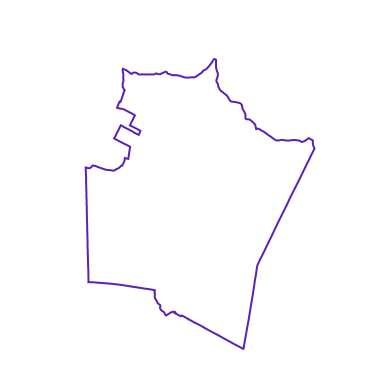 the district of Khlong Sam Wa, Bangkok Metropolis, Thailand, rotated 118°
{"feature_id": "78962969B63741991281097", "entity_name": "Khlong Sam Wa", "entity_type": "district", "adm_level": 2, "iso_a3": "THA", "parent_name": "Thailand", "parent_adm1": "Bangkok Metropolis", "projection": "mercator", "projection_center": [100.726, 13.873], "detail": "fine", "context": "isolated", "style": "outline", "palette": "violet", "viewbox_px": 384, "rotation_deg": 118, "n_neighbors": 0, "source": "geoboundaries", "source_scale": "gbopen_adm2", "svg_char_len": 5949}
<svg xmlns="http://www.w3.org/2000/svg" viewBox="0 0 384 384"><g transform="rotate(118 192 192)"><path d="M73.8,226.5L72.9,227.3L71.7,228.5L70.4,229.4L69.9,229.7L66.0,231.8L64.0,232.9L63.9,233.1L64.0,234.5L64.3,234.9L64.8,235.0L66.9,235.3L69.0,235.3L71.3,235.8L71.9,235.9L74.9,236.5L76.0,236.8L76.9,237.2L77.6,237.6L79.3,238.9L79.8,239.1L82.0,239.4L82.8,239.7L83.6,240.2L83.9,240.5L84.9,240.9L85.5,241.2L87.1,242.0L88.5,242.9L89.9,244.0L90.0,244.3L90.5,245.5L90.8,246.0L91.4,247.0L92.1,248.0L93.3,249.9L94.0,251.5L94.1,252.1L94.4,253.1L94.8,254.6L95.0,257.1L95.6,258.7L95.8,259.4L95.8,259.8L96.6,261.5L97.8,263.4L98.2,264.9L98.4,266.7L98.9,269.0L98.8,269.5L98.4,270.0L97.9,270.9L97.9,271.2L98.1,271.6L98.2,271.9L99.8,273.0L100.0,273.2L101.3,274.2L102.4,275.1L102.7,275.2L102.9,275.7L103.4,276.3L103.7,276.9L103.9,277.7L103.9,278.4L104.0,279.1L104.3,279.5L105.4,280.1L106.0,280.7L106.5,281.7L107.5,283.6L109.8,287.7L111.1,290.4L111.8,291.9L112.4,292.5L112.7,293.1L113.1,294.2L113.1,294.9L112.9,296.7L112.9,297.2L113.2,298.2L113.6,298.9L114.0,299.5L114.6,300.1L116.0,300.7L116.2,301.2L115.9,302.7L115.9,303.2L115.8,303.9L115.6,305.3L115.5,306.0L115.3,307.4L115.6,310.2L115.7,310.9L116.5,310.6L117.4,310.2L120.4,307.8L121.8,307.1L123.2,306.5L124.4,305.8L125.2,305.1L125.7,304.9L126.3,304.6L128.7,304.1L129.3,303.9L130.4,303.3L130.8,303.0L131.2,302.9L131.7,302.5L131.9,302.1L132.1,301.7L132.4,301.1L132.7,300.9L133.2,300.7L133.5,300.3L133.6,300.1L133.5,299.7L133.6,299.3L134.4,299.1L135.8,299.0L137.7,298.7L144.2,297.6L145.9,297.4L146.1,297.5L146.1,298.4L146.3,298.5L146.9,298.3L148.5,298.2L151.2,297.9L152.8,297.8L152.9,297.6L152.8,297.3L152.6,296.1L152.3,295.3L152.2,295.0L151.7,293.6L151.3,292.1L151.1,291.5L151.0,289.4L151.0,283.4L150.9,282.6L151.1,278.4L162.3,278.1L162.2,273.7L162.1,269.5L162.1,268.2L162.3,266.2L166.5,265.8L166.5,266.2L166.6,266.7L166.7,268.2L166.7,270.7L166.5,273.1L166.6,274.1L166.6,274.6L166.6,274.8L166.5,276.8L166.6,279.6L166.6,281.8L166.6,283.5L166.5,284.7L166.5,285.9L166.5,286.2L167.0,286.2L177.6,285.9L180.4,285.9L181.3,285.9L181.3,278.4L181.2,273.6L181.1,267.9L192.7,263.8L193.5,267.2L195.8,266.4L196.0,266.3L196.2,266.2L196.6,266.3L197.2,266.2L198.6,266.1L200.9,266.1L201.6,266.0L201.9,266.7L202.4,267.0L204.0,267.4L205.0,267.8L205.7,268.2L207.1,269.3L208.1,270.0L208.5,270.1L209.4,270.5L209.7,270.8L210.0,271.4L210.5,272.8L211.4,275.1L212.0,276.6L212.6,277.9L212.8,278.7L213.0,279.8L213.7,283.8L213.9,285.8L214.2,287.5L214.3,289.1L214.5,289.9L215.1,291.9L215.3,292.1L215.6,292.3L217.2,292.6L217.6,292.7L218.6,293.3L219.0,293.6L219.2,293.8L219.6,294.9L219.9,295.6L220.1,296.2L220.1,297.0L220.1,297.3L220.3,297.4L221.9,296.4L225.9,294.1L229.4,292.0L232.0,290.7L233.8,289.7L243.2,284.3L244.5,283.7L245.6,283.0L247.3,282.1L247.5,281.9L252.1,279.4L254.7,277.8L256.7,276.8L258.9,275.5L261.6,274.1L264.9,272.2L265.3,272.0L267.1,271.0L268.1,270.3L270.4,269.1L270.9,268.8L272.0,268.2L274.4,266.9L275.5,266.2L278.3,264.7L279.5,263.9L282.3,262.4L285.5,260.5L285.9,260.4L288.4,259.0L290.3,258.0L292.0,256.9L295.4,255.1L296.9,254.1L300.6,252.2L301.7,251.4L303.5,250.5L305.2,249.5L309.1,247.2L309.7,246.8L313.5,244.8L315.5,243.6L318.7,241.9L319.9,241.1L320.1,241.1L319.8,240.3L319.6,239.7L319.4,239.5L318.8,238.2L318.3,237.3L317.1,234.6L315.3,230.3L312.9,224.9L310.9,220.1L308.7,214.7L307.6,211.7L299.1,187.3L297.7,183.6L296.7,180.5L296.2,178.6L297.1,178.3L297.9,178.2L298.3,178.1L298.5,177.9L299.1,177.1L299.5,176.7L301.4,176.1L301.6,176.0L303.2,174.7L305.2,171.4L306.0,170.5L306.2,170.2L306.4,169.7L306.6,168.5L306.8,167.0L306.8,166.9L307.0,166.7L307.3,166.5L307.8,166.3L308.7,166.1L309.2,166.0L309.7,165.5L310.4,164.5L310.7,163.9L310.9,163.4L311.2,160.6L311.3,160.3L311.5,159.8L312.0,159.2L312.7,158.3L313.1,156.9L312.6,156.5L312.1,156.2L310.5,155.4L309.6,154.8L308.1,154.0L306.7,152.6L306.3,151.8L306.0,151.1L306.0,150.9L305.9,150.6L306.0,150.2L307.0,150.4L307.0,146.8L307.0,143.8L307.0,143.6L306.9,143.4L306.7,143.3L306.1,143.2L305.9,143.1L305.8,142.7L305.8,142.1L305.8,139.5L306.0,134.6L306.0,132.2L306.1,129.8L305.9,122.8L306.1,116.1L306.2,109.2L306.2,98.9L306.3,95.7L306.4,87.5L306.4,86.4L306.5,81.8L306.4,79.9L306.5,73.2L306.0,73.1L305.5,73.1L305.1,73.3L304.9,73.5L304.3,73.7L304.0,73.7L281.5,81.0L280.6,81.2L259.1,88.5L255.3,89.7L245.3,93.2L241.3,94.7L236.0,96.4L226.8,99.7L225.4,99.9L222.4,100.0L220.1,100.3L218.0,100.2L217.0,100.2L194.5,101.0L179.0,101.7L159.7,102.2L158.0,102.3L150.0,102.7L143.3,102.8L127.7,103.2L114.3,103.7L108.6,103.8L102.1,104.1L96.1,104.2L95.8,104.7L94.4,106.4L93.4,107.4L92.3,108.2L91.5,108.5L90.9,108.8L90.4,109.3L89.9,109.5L89.8,109.8L89.6,110.1L89.8,111.3L89.7,112.3L89.6,113.0L89.5,113.9L89.7,114.2L90.0,114.4L92.6,115.6L93.7,116.2L94.9,117.1L95.8,118.0L96.1,118.4L96.4,119.0L96.2,120.4L96.3,121.6L97.7,125.4L98.6,127.0L99.6,128.5L100.1,129.3L100.9,130.2L101.2,130.6L102.7,133.9L103.0,135.0L103.3,136.3L103.6,136.9L103.8,137.3L105.6,139.4L106.0,139.9L106.3,140.6L106.7,141.5L106.9,142.2L106.9,143.5L106.8,144.5L106.1,148.5L106.0,150.7L105.9,151.5L105.7,152.5L105.4,154.4L105.1,156.6L105.1,158.4L105.0,159.9L104.9,161.6L104.9,162.8L105.1,163.7L105.4,164.0L106.1,164.4L106.3,164.7L106.4,164.8L106.1,165.2L104.3,166.6L103.2,167.5L102.8,168.0L102.4,168.9L101.5,172.2L101.2,173.4L101.0,175.2L101.1,175.8L102.1,177.9L102.2,178.7L102.0,179.2L101.8,179.5L101.6,179.6L101.1,179.9L99.6,180.5L98.7,181.1L98.3,181.4L98.2,181.7L97.8,182.0L97.2,182.7L96.6,183.5L95.5,185.3L94.7,186.5L93.9,187.1L93.5,187.5L93.1,187.7L92.2,188.4L91.8,188.8L91.4,189.6L91.2,190.1L91.1,190.9L91.1,191.6L91.2,192.0L91.8,194.7L92.6,197.0L93.4,198.9L93.7,200.5L93.5,201.1L93.3,201.7L92.6,202.7L92.1,203.8L91.3,204.9L90.5,206.4L90.3,207.3L90.0,208.9L89.9,209.7L89.4,212.1L89.3,213.1L89.0,214.4L88.5,215.5L87.3,217.3L86.6,218.3L84.8,219.5L83.8,221.0L83.1,222.1L83.0,222.3L82.0,222.9L79.0,223.4L78.4,223.6L77.5,223.7L76.8,224.0L75.4,224.7L74.7,225.3L74.4,225.6L73.8,226.5Z" fill="none" stroke="#5b21b6" stroke-width="2"/></g></svg>